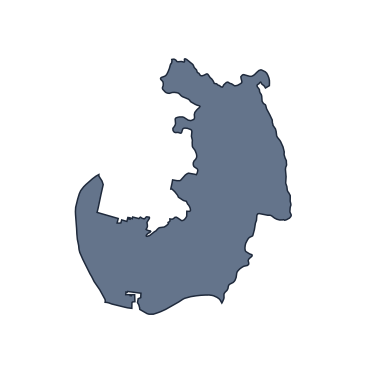 Hoa Lu, Ninh Bình, Vietnam, rotated 216°
{"feature_id": "81297802B36566531846362", "entity_name": "Hoa Lu", "entity_type": "district", "adm_level": 2, "iso_a3": "VNM", "parent_name": "Vietnam", "parent_adm1": "Ninh Bình", "projection": "orthographic", "projection_center": [105.938, 20.25], "detail": "fine", "context": "isolated", "style": "filled", "palette": "slate", "viewbox_px": 384, "rotation_deg": 216, "n_neighbors": 0, "source": "geoboundaries", "source_scale": "gbopen_adm2", "svg_char_len": 6116}
<svg xmlns="http://www.w3.org/2000/svg" viewBox="0 0 384 384"><g transform="rotate(216 192 192)"><path d="M100.4,223.6L99.2,225.2L97.8,228.2L97.7,229.4L97.7,230.5L98.0,231.4L98.6,232.0L100.6,233.1L101.3,233.7L103.3,236.9L103.8,238.0L104.3,239.6L105.2,240.6L107.2,242.3L109.5,245.6L110.5,246.9L113.4,248.3L114.6,248.6L115.9,249.4L118.4,252.1L121.4,254.2L124.9,259.7L129.7,265.2L130.7,267.0L131.2,269.1L131.6,269.8L132.7,271.0L134.1,272.8L136.8,274.3L139.5,276.4L141.0,278.7L144.9,282.0L150.0,284.9L151.3,285.4L154.9,286.4L156.4,287.1L159.6,290.5L161.6,292.1L165.8,293.6L166.3,294.3L167.6,295.2L169.4,297.4L174.3,300.1L180.5,303.1L183.3,305.4L184.0,305.7L186.2,305.6L188.6,306.6L192.0,310.6L193.3,311.6L195.1,312.2L196.5,313.1L197.5,314.3L198.2,314.7L200.7,315.4L201.4,315.8L201.9,316.2L202.2,317.2L201.5,318.9L201.5,320.3L201.2,321.1L201.0,321.3L199.0,320.4L195.8,320.2L193.7,319.3L191.9,323.5L193.3,325.6L194.9,327.7L196.8,329.4L199.1,330.9L201.3,332.0L203.5,332.3L207.5,331.6L208.2,331.2L209.3,329.6L209.9,327.0L210.4,323.7L211.1,321.8L211.8,320.6L213.3,319.5L218.8,317.5L219.5,317.1L219.9,316.5L220.1,315.6L220.2,313.9L218.8,312.5L216.8,310.9L216.1,309.8L216.1,309.2L216.8,307.3L217.9,305.0L219.7,303.1L220.3,302.9L223.5,302.8L225.4,302.1L227.0,302.1L227.7,301.9L228.6,300.8L229.1,298.4L229.3,297.2L229.1,296.3L229.0,294.9L229.3,294.5L230.7,294.1L232.3,294.3L233.4,293.9L234.4,293.8L235.2,294.0L236.0,293.9L237.1,293.2L238.1,293.0L238.5,293.4L240.5,294.4L242.7,295.1L244.5,295.2L248.1,296.5L249.0,296.5L249.7,296.0L250.9,293.6L252.2,291.8L253.0,291.4L253.5,291.3L254.1,291.3L256.1,292.1L257.5,291.9L258.2,292.0L260.1,293.4L263.3,294.0L265.6,295.4L266.7,295.7L274.3,296.1L275.9,295.7L276.1,295.5L276.2,295.0L275.8,294.4L274.9,293.5L274.7,293.1L274.7,292.7L275.0,292.3L277.2,291.4L278.1,290.7L279.8,289.2L280.4,288.9L281.1,288.7L282.5,289.2L284.1,289.1L285.2,288.5L286.3,287.3L285.5,286.6L284.6,285.0L284.3,284.0L284.3,283.4L284.5,283.1L284.2,282.0L282.9,278.6L282.1,275.4L281.7,273.3L281.6,272.0L281.7,270.7L282.2,269.5L284.1,266.7L284.3,265.8L284.0,265.1L283.3,264.7L280.5,264.2L279.0,262.9L277.8,261.0L277.3,259.1L276.9,258.5L276.5,258.2L276.0,257.9L272.7,257.2L271.4,257.2L270.2,257.5L269.3,257.9L268.2,258.6L266.6,260.8L264.9,262.2L262.7,263.4L261.4,263.9L260.7,264.0L259.4,263.9L257.5,263.5L255.8,263.5L253.0,264.2L249.5,265.0L247.9,264.9L246.4,264.3L245.7,264.3L240.9,264.8L239.0,265.2L237.2,265.9L236.3,266.1L235.8,265.9L235.7,264.6L236.1,263.0L236.4,261.1L236.5,258.1L235.6,255.9L233.9,254.0L233.4,253.1L233.2,252.1L233.3,251.7L234.4,249.8L235.0,249.0L237.2,247.9L242.5,247.6L243.9,247.1L246.1,245.5L247.4,244.1L248.5,242.6L248.6,241.6L248.4,241.0L245.5,237.6L245.0,236.3L244.8,234.4L244.9,232.5L244.7,232.0L243.6,230.7L242.7,230.3L241.5,230.0L240.4,230.3L238.3,232.0L235.9,232.8L235.4,233.4L235.4,234.0L236.4,237.1L236.5,237.7L236.3,238.4L236.0,238.8L235.4,239.5L233.2,240.8L229.7,241.8L228.7,241.7L227.6,240.8L225.2,236.7L222.2,234.2L220.9,232.1L218.7,229.3L218.2,228.9L217.4,228.5L214.1,227.5L210.9,225.5L210.0,224.6L209.4,224.0L208.7,222.9L208.4,221.8L208.3,220.7L208.6,218.3L208.1,216.3L207.4,215.3L206.8,214.6L205.5,213.8L204.7,213.7L201.7,213.8L201.1,213.7L200.6,213.4L199.9,212.7L199.1,210.8L198.8,209.7L198.7,208.5L199.7,208.2L205.9,205.2L206.7,203.9L207.4,201.8L208.1,194.8L208.5,194.0L210.9,192.3L214.8,190.4L213.3,187.3L211.4,182.9L210.9,181.9L209.9,182.6L206.1,182.1L201.8,180.9L199.9,179.8L194.0,180.1L192.0,180.8L191.4,181.1L191.0,181.1L188.5,179.7L187.0,179.4L185.4,178.7L183.9,177.8L182.5,176.4L182.4,175.3L182.6,174.9L184.9,173.4L182.0,169.2L181.8,167.1L182.0,165.0L182.6,163.7L183.3,162.9L183.8,162.7L188.5,162.6L189.9,162.4L190.9,161.5L191.2,160.1L191.8,158.6L192.6,158.0L194.1,157.2L192.9,155.8L192.8,155.1L193.0,154.3L193.5,153.3L192.6,152.7L192.5,151.8L192.8,150.4L193.3,148.7L194.0,147.2L197.1,144.3L197.7,143.4L198.1,141.7L198.3,139.4L199.1,137.6L200.6,132.0L202.2,129.7L202.8,129.4L203.3,129.6L203.6,130.7L203.3,132.6L202.3,134.6L202.3,135.9L202.9,136.0L204.4,135.2L206.6,134.7L207.2,134.8L207.4,136.6L207.8,137.9L208.7,139.1L210.5,140.8L210.7,142.0L210.9,145.2L211.1,145.9L211.4,146.3L211.8,146.5L214.1,145.3L214.4,144.8L214.6,142.7L215.0,142.1L216.9,141.4L218.9,141.4L219.1,141.0L219.3,139.3L225.3,136.9L224.6,135.3L226.5,134.8L226.0,133.6L227.3,133.0L227.8,134.3L228.9,133.7L227.4,129.9L232.5,128.1L231.4,125.2L232.7,123.9L234.4,122.9L236.1,127.2L256.8,119.7L258.7,124.3L264.1,136.3L268.2,145.8L271.3,148.0L276.6,150.1L277.6,151.4L279.0,148.4L280.3,144.2L282.2,135.7L282.7,132.5L282.8,129.5L282.8,127.5L282.1,124.2L280.3,119.0L277.1,111.2L274.8,107.6L272.9,105.2L263.8,94.5L260.5,90.4L256.9,86.3L252.3,82.1L249.6,79.1L247.2,77.1L240.7,73.3L226.3,65.8L223.5,64.6L218.5,62.0L209.2,58.7L200.1,54.4L198.9,53.8L197.9,52.5L197.5,51.7L195.8,52.7L193.8,53.5L191.2,54.2L178.9,59.2L175.9,60.5L172.3,62.5L175.3,66.8L175.6,67.5L175.3,68.3L173.7,69.7L178.0,75.2L180.4,73.5L180.1,72.4L181.1,71.8L181.6,72.6L185.3,70.0L186.6,72.3L185.5,72.7L185.6,73.7L173.8,80.1L171.4,76.4L172.8,74.0L171.1,70.5L168.8,69.5L166.5,67.7L165.2,66.3L156.9,67.2L154.9,67.9L151.4,70.5L148.8,74.1L147.0,76.8L144.3,81.6L138.0,95.5L136.4,99.8L135.5,101.6L131.5,106.6L127.7,110.4L124.3,113.5L120.5,116.6L117.5,118.8L115.3,120.0L113.7,120.7L109.8,121.5L107.0,121.5L105.6,121.1L102.6,119.7L102.7,120.7L103.4,124.0L103.9,125.2L105.5,127.3L106.1,128.2L106.3,128.9L106.3,130.7L106.0,132.1L105.9,133.5L106.2,135.1L107.1,136.9L107.5,138.1L107.4,139.1L107.1,140.0L105.6,142.9L105.3,144.5L105.3,145.9L106.1,148.9L108.1,152.6L108.5,153.9L108.5,155.2L108.2,157.7L107.5,160.0L106.5,162.3L103.9,165.3L103.7,167.0L104.2,167.7L105.0,168.5L106.2,169.4L106.5,170.4L106.6,171.7L105.8,175.1L105.9,175.8L106.7,176.5L109.0,175.8L113.1,175.5L113.8,175.6L114.6,176.0L116.2,177.7L117.6,180.1L118.4,182.1L118.9,185.3L119.1,187.6L118.8,189.1L117.2,192.1L117.3,192.7L119.4,198.2L122.4,204.1L123.2,207.0L125.8,211.2L125.9,211.8L125.9,212.5L125.9,213.1L124.9,214.1L117.1,217.7L115.3,219.0L114.6,219.3L113.7,219.5L110.0,219.4L107.4,219.8L104.6,220.9L102.3,222.7L101.7,223.4L100.4,223.6Z" fill="#64748b" stroke="#1e293b" stroke-width="1.5"/></g></svg>